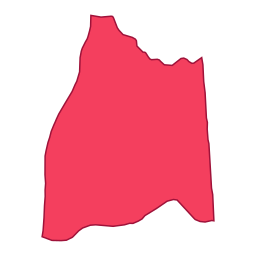 Canillá, Baja Verapaz, Guatemala (Equal Earth projection)
{"feature_id": "79465075B48890406696018", "entity_name": "Canillá", "entity_type": "district", "adm_level": 2, "iso_a3": "GTM", "parent_name": "Guatemala", "parent_adm1": "Baja Verapaz", "projection": "equal_earth", "projection_center": [-90.865, 15.202], "detail": "fine", "context": "isolated", "style": "filled", "palette": "rose", "viewbox_px": 256, "rotation_deg": 0, "n_neighbors": 0, "source": "geoboundaries", "source_scale": "gbopen_adm2", "svg_char_len": 1254}
<svg xmlns="http://www.w3.org/2000/svg" viewBox="0 0 256 256"><path d="M201.7,57.6L193.7,63.2L191.8,63.3L188.9,61.6L187.6,60.2L186.9,59.5L183.8,58.1L181.0,58.5L172.2,65.4L164.3,64.8L160.7,61.5L159.2,59.9L157.3,59.3L151.5,59.7L149.9,59.0L148.1,56.7L147.3,55.4L146.7,54.4L145.7,52.9L144.9,52.3L142.9,52.1L136.9,46.0L136.4,40.7L135.3,39.1L132.3,37.4L123.0,34.6L119.0,30.3L117.3,27.8L113.5,17.9L112.6,16.5L111.2,16.2L109.1,16.4L101.0,17.1L90.9,15.4L90.6,26.4L89.6,30.8L88.1,36.3L87.2,38.9L85.4,42.0L82.3,48.2L81.3,51.2L80.1,57.6L79.6,71.9L76.8,81.3L75.2,84.4L72.2,91.4L65.2,103.1L58.8,114.0L56.4,119.2L55.1,122.3L53.9,124.9L51.2,131.5L49.7,137.4L48.0,142.5L46.1,150.7L45.1,156.0L45.0,174.8L45.6,183.4L45.1,190.0L45.2,196.4L44.5,205.6L44.0,218.0L43.1,230.6L42.1,236.7L52.0,240.4L61.2,240.6L66.4,240.2L72.3,237.3L73.2,236.5L78.6,230.9L82.6,228.0L90.3,225.2L95.7,224.8L113.1,226.3L124.5,224.8L129.6,223.3L133.0,223.4L138.3,221.1L142.1,218.9L144.9,215.6L156.9,208.2L167.1,201.2L173.4,199.5L177.1,200.0L193.8,218.1L195.2,219.5L200.1,221.5L205.1,222.0L211.8,220.5L213.9,220.8L212.7,194.6L211.5,188.1L208.9,143.7L208.0,139.8L207.2,129.2L207.4,122.5L206.4,118.0L205.1,92.8L203.7,81.4L202.9,64.7L201.7,57.6Z" fill="#f43f5e" stroke="#9f1239" stroke-width="1.5"/></svg>